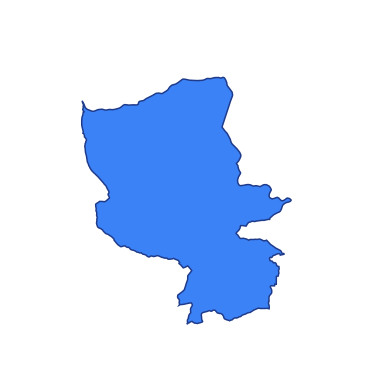 Nadrag, Timis, Romania (Mercator projection), rotated 232°
{"feature_id": "2599482B73487370239744", "entity_name": "Nadrag", "entity_type": "district", "adm_level": 2, "iso_a3": "ROU", "parent_name": "Romania", "parent_adm1": "Timis", "projection": "mercator", "projection_center": [22.192, 45.643], "detail": "fine", "context": "isolated", "style": "filled", "palette": "blue", "viewbox_px": 384, "rotation_deg": 232, "n_neighbors": 0, "source": "geoboundaries", "source_scale": "gbopen_adm2", "svg_char_len": 5997}
<svg xmlns="http://www.w3.org/2000/svg" viewBox="0 0 384 384"><g transform="rotate(232 192 192)"><path d="M276.5,264.8L281.6,258.9L284.9,256.2L286.3,254.7L286.7,253.9L286.8,248.2L287.1,245.6L288.3,242.7L288.6,241.8L288.6,240.9L288.5,239.2L287.4,235.9L287.4,234.1L287.9,229.5L288.2,228.7L290.5,226.6L291.6,224.9L291.9,224.2L292.4,220.2L293.8,213.4L293.9,210.2L295.5,207.0L295.7,206.2L295.6,205.4L294.2,203.4L294.6,202.1L297.4,198.6L299.3,195.8L301.2,193.9L302.2,192.9L302.5,192.2L302.7,191.0L302.6,188.7L302.8,186.5L304.7,181.9L306.0,179.8L307.8,177.9L309.4,174.8L310.0,174.0L311.9,172.7L312.9,171.7L313.6,170.6L314.8,168.6L316.0,164.4L317.2,163.0L321.0,160.7L322.3,160.1L324.3,159.9L328.0,161.0L331.5,161.6L329.9,160.8L327.5,160.2L326.4,158.8L325.4,158.3L324.9,157.4L324.1,156.6L322.5,156.3L321.6,156.4L321.5,156.2L321.9,155.5L320.1,153.6L319.0,151.9L318.1,150.8L316.1,149.0L312.3,146.1L306.8,143.6L306.2,143.2L305.5,142.2L304.8,142.5L304.2,142.5L303.1,142.2L301.7,141.2L300.5,141.3L298.4,141.1L297.6,140.5L297.2,139.5L295.9,137.9L295.7,137.3L294.9,136.8L294.1,135.7L293.2,135.2L292.4,134.8L288.9,132.5L285.2,130.9L279.8,127.9L278.2,127.7L276.4,126.9L275.2,126.8L273.6,126.4L271.8,126.2L269.5,126.2L262.0,127.3L253.4,127.8L252.3,127.7L249.9,128.0L246.4,127.2L243.8,126.9L242.4,126.0L242.0,124.5L241.1,124.1L239.0,123.7L238.1,123.3L237.9,119.4L237.9,117.9L238.0,117.5L238.5,116.8L240.4,114.8L241.5,113.4L241.5,111.4L241.8,109.3L241.5,108.4L239.8,107.2L238.2,106.5L236.2,104.7L235.2,104.6L234.2,104.1L232.1,102.3L230.4,101.8L229.2,100.3L228.1,99.5L226.3,97.6L225.0,97.0L222.8,96.2L222.1,96.2L221.1,96.5L219.3,97.5L217.1,98.2L215.8,98.0L213.7,98.2L212.3,98.5L210.0,99.9L208.5,100.3L206.5,101.1L203.6,101.5L203.0,101.5L201.9,100.9L196.3,101.1L192.9,102.1L192.3,102.9L191.6,104.7L191.1,105.7L190.8,106.0L189.0,106.5L188.0,107.2L187.4,108.0L186.8,108.2L184.4,108.3L183.0,109.2L182.3,109.9L180.2,111.1L178.9,111.4L178.6,111.6L177.6,112.5L175.9,113.5L175.4,114.5L173.5,114.9L171.0,116.8L169.1,117.1L167.6,117.8L167.1,118.4L166.9,119.9L166.6,120.6L166.4,120.9L164.9,121.9L164.6,122.3L163.9,123.7L163.4,125.3L162.0,126.5L159.1,128.0L158.2,128.8L157.0,129.5L155.3,131.5L153.8,131.8L152.5,133.5L151.6,135.0L150.8,136.8L149.6,137.2L146.5,139.1L145.6,139.1L144.8,138.7L144.2,138.9L143.6,137.7L141.6,138.2L137.6,138.4L137.0,140.1L136.4,143.1L135.1,143.3L130.3,143.5L129.7,141.5L128.6,137.1L125.6,134.6L124.0,132.0L120.8,127.4L119.7,125.7L119.4,123.1L119.5,117.4L118.2,116.0L117.3,115.6L115.2,115.7L114.7,115.5L113.9,115.0L112.7,113.7L111.3,113.1L110.9,112.6L110.7,112.1L110.4,113.7L109.5,114.8L108.6,116.4L106.1,121.5L105.1,123.1L103.8,123.1L102.7,122.6L102.2,121.9L101.2,119.5L100.6,118.7L97.6,116.6L97.2,114.6L96.9,113.9L95.4,111.9L95.0,111.8L94.6,111.4L94.2,110.0L93.1,108.8L92.0,108.3L91.5,107.7L91.0,106.5L91.0,109.2L90.6,109.5L90.7,110.6L90.2,112.0L89.9,112.5L88.4,112.7L87.4,113.3L87.1,113.3L86.8,113.8L85.1,115.2L83.3,119.6L83.3,120.4L83.6,120.8L85.3,121.0L85.9,121.5L86.8,121.9L87.5,122.5L89.5,123.7L90.1,124.5L90.4,125.0L90.4,125.9L89.9,127.4L88.4,130.8L88.0,132.3L87.7,132.8L86.3,133.6L85.9,134.4L85.9,135.7L85.7,136.2L85.2,136.8L84.3,137.4L81.2,137.5L80.8,137.7L80.5,138.2L80.1,138.3L79.3,138.9L78.5,139.9L76.8,140.5L75.2,140.4L72.4,139.5L71.9,139.6L70.0,140.6L68.4,141.8L67.4,142.3L67.2,143.4L66.5,145.1L66.7,146.5L66.5,148.2L65.1,149.7L64.6,152.2L63.9,153.7L64.0,155.1L64.0,156.0L62.8,159.3L62.5,161.4L61.3,163.7L60.9,168.0L59.7,172.6L57.5,174.9L53.7,180.0L52.5,180.8L53.1,181.5L55.1,182.9L56.0,183.3L56.8,183.4L57.5,184.2L58.4,184.7L58.5,185.5L60.4,186.8L61.8,188.0L62.5,189.1L62.8,190.0L63.2,192.2L63.8,193.0L65.0,194.0L66.3,194.7L69.2,195.3L69.4,196.0L69.3,196.8L67.2,199.2L67.2,199.3L68.4,200.4L67.4,201.6L73.5,206.5L72.7,208.2L73.0,208.6L73.7,209.2L74.5,210.5L76.5,211.6L76.9,211.9L77.4,212.9L78.4,213.8L79.8,214.6L81.1,213.5L82.5,213.7L83.4,214.1L84.5,214.2L85.4,213.7L85.9,212.7L86.3,212.5L87.6,212.7L88.3,212.5L89.5,211.4L90.0,211.2L90.9,211.8L91.6,211.9L92.2,212.5L92.4,213.5L91.5,214.1L91.4,214.5L91.4,215.2L91.8,216.2L91.9,217.0L91.3,218.4L90.9,220.4L90.0,222.5L89.7,222.9L89.1,223.1L87.9,222.7L86.3,226.1L86.9,226.5L88.4,225.2L88.7,225.2L90.0,225.7L91.4,225.7L96.6,223.3L97.3,223.2L102.4,221.6L108.1,221.1L108.5,219.8L109.6,218.3L112.5,216.9L113.4,216.2L114.5,214.2L115.9,212.6L116.8,211.1L118.7,208.8L119.0,207.8L119.0,207.2L121.8,205.7L124.0,203.9L125.0,202.2L125.5,201.7L126.5,201.3L129.8,201.6L131.9,201.2L132.3,201.3L132.7,202.4L133.1,205.6L133.8,207.3L135.6,209.6L134.2,211.4L131.8,213.6L132.5,215.3L133.1,217.5L133.0,218.3L132.5,219.3L132.3,219.9L132.2,220.9L131.3,222.1L130.5,222.8L130.1,223.3L129.3,225.1L127.2,228.7L126.4,230.0L125.3,231.3L123.4,235.5L122.9,235.8L122.6,236.3L123.1,236.9L123.5,237.6L123.8,242.2L123.2,246.0L122.5,248.5L122.5,249.4L122.8,250.4L123.5,251.9L125.6,255.0L125.9,256.3L125.9,257.9L125.8,259.2L124.3,262.8L124.2,263.7L124.2,264.3L124.4,264.9L124.9,265.2L126.8,264.8L128.4,263.6L128.7,262.9L128.8,259.6L129.3,258.0L130.3,257.1L132.4,256.7L133.7,256.7L135.2,256.0L135.6,255.2L136.5,252.4L137.3,250.9L138.9,250.0L139.9,249.8L140.8,250.0L141.7,250.5L143.2,252.2L144.3,254.7L144.9,255.8L146.5,256.3L148.8,256.5L151.5,255.4L152.2,254.9L153.4,253.3L153.9,251.7L154.1,249.7L154.6,248.8L157.3,246.6L158.0,245.6L158.8,244.1L159.4,243.6L161.4,242.6L163.2,241.0L164.2,239.5L165.5,236.8L167.0,234.3L167.6,233.7L168.2,233.5L169.4,233.4L171.5,234.0L172.9,234.9L173.7,235.7L175.2,237.8L176.7,241.4L177.1,242.0L177.8,242.2L180.2,242.5L181.2,242.8L183.6,243.8L184.5,244.4L187.1,244.5L187.8,248.0L188.7,250.1L189.9,252.2L191.1,253.3L193.9,254.0L198.6,254.0L204.8,253.2L206.6,253.3L210.4,254.7L216.6,255.8L219.7,255.5L224.4,255.6L225.1,256.2L240.0,278.4L242.9,283.2L244.2,284.2L246.1,285.1L253.9,285.3L254.9,285.6L257.0,286.8L259.5,287.5L261.7,287.8L262.7,287.5L263.4,286.8L263.7,285.5L264.2,284.7L265.9,283.4L267.9,280.7L268.6,279.5L269.7,276.7L272.0,274.0L272.4,273.1L272.7,271.1L273.6,269.0L276.5,264.8Z" fill="#3b82f6" stroke="#1e3a8a" stroke-width="1.5"/></g></svg>